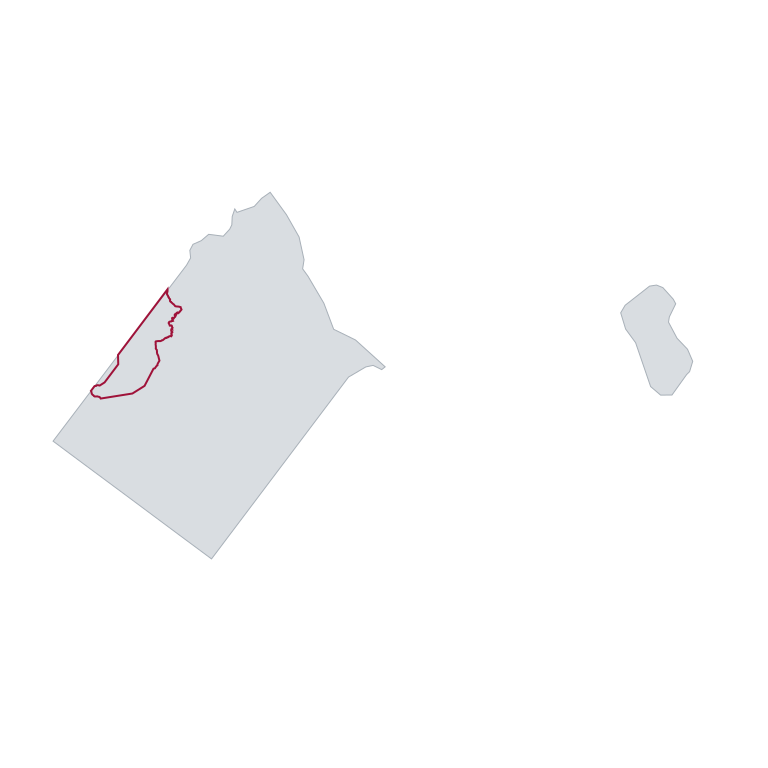 Acurenam, Centro Sur, Equatorial Guinea shown in context, rotated 127°
{"feature_id": "11065452B93144755032170", "entity_name": "Acurenam", "entity_type": "district", "adm_level": 2, "iso_a3": "GNQ", "parent_name": "Equatorial Guinea", "parent_adm1": "Centro Sur", "projection": "albers", "projection_center": [10.388, 1.118], "detail": "fine", "context": "in_parent", "style": "outline", "palette": "rose", "viewbox_px": 768, "rotation_deg": 127, "n_neighbors": 0, "source": "geoboundaries", "source_scale": "gbopen_adm2", "svg_char_len": 4957}
<svg xmlns="http://www.w3.org/2000/svg" viewBox="0 0 768 768"><g transform="rotate(127 384 384)"><path d="M627.5,416.5L627.8,455.6L628.0,488.7L628.2,524.5L628.5,561.9L628.7,593.4L628.8,613.9L594.2,613.8L548.3,613.7L502.4,613.6L456.4,613.4L433.4,613.3L407.9,613.2L399.7,614.3L394.1,619.5L387.4,620.6L379.5,616.2L370.0,614.1L367.4,609.6L362.7,601.3L353.2,600.4L348.5,601.3L341.6,606.0L334.0,608.5L335.4,604.7L320.3,594.5L309.4,593.5L299.4,590.3L307.5,563.8L317.7,540.3L332.9,522.6L341.0,518.3L343.7,509.5L355.7,480.6L370.6,457.1L366.0,433.3L369.6,393.4L373.9,394.5L374.6,398.3L375.7,403.9L381.3,408.8L399.8,416.5L455.0,416.5L488.0,416.5L536.7,416.5L588.3,416.5L627.5,416.5ZM190.2,147.4L194.3,148.0L219.5,147.4L226.4,156.4L225.6,169.5L199.6,207.9L194.7,224.1L184.7,237.8L176.0,238.8L146.0,230.8L141.0,225.9L139.2,219.3L142.2,204.0L144.4,199.3L158.7,196.5L163.4,194.0L171.1,177.5L173.6,162.5L180.1,151.1L190.2,147.4Z" fill="#d9dde1" stroke="#a8b0b8" stroke-width="1"/><path d="M529.6,574.1L510.5,577.3L509.3,576.4L508.1,576.5L506.4,576.5L505.5,576.2L505.3,576.5L503.7,577.0L501.2,577.3L500.5,577.4L498.4,580.0L497.7,580.8L497.0,581.8L496.7,582.8L496.2,583.4L495.7,584.1L495.3,584.4L494.8,584.7L494.6,585.0L493.9,585.6L493.6,585.8L493.5,586.1L493.4,586.5L493.2,587.2L493.2,587.3L493.0,587.6L492.9,587.6L492.5,587.9L491.8,588.4L491.5,588.7L491.0,589.0L490.0,590.1L489.7,590.3L489.4,590.5L489.0,590.7L488.7,591.0L488.4,591.3L488.1,591.6L487.6,591.9L487.4,591.9L487.2,591.8L487.1,591.7L486.1,590.7L485.5,590.1L485.3,589.7L484.7,589.0L484.6,588.9L484.6,588.7L484.1,588.2L483.7,588.0L483.3,587.8L483.0,587.7L482.8,587.7L482.6,587.4L482.3,587.2L481.6,586.9L481.0,586.8L480.6,586.7L480.2,586.6L479.8,586.5L479.5,586.4L479.0,586.4L478.6,586.1L478.4,586.0L478.3,585.6L478.2,585.5L477.8,585.6L477.7,585.5L477.3,585.2L477.2,585.1L477.1,584.9L476.9,584.8L476.4,584.8L476.1,584.7L475.9,584.6L475.9,584.4L475.7,584.4L475.2,584.2L474.9,584.0L474.4,583.6L474.0,583.0L473.9,582.6L473.7,582.6L473.5,582.8L473.4,582.8L473.0,582.8L473.0,583.0L472.9,583.1L472.8,583.3L472.7,583.4L472.4,583.4L472.3,583.5L472.2,583.6L471.9,583.6L471.8,583.8L471.8,584.0L471.7,584.1L471.5,584.4L471.4,584.4L471.2,584.5L470.9,584.5L470.7,584.5L470.6,584.4L470.4,584.3L470.2,584.4L469.9,584.3L469.8,584.5L469.8,584.8L469.8,585.1L469.7,585.3L469.7,585.6L469.7,585.8L469.5,586.0L469.4,586.0L469.2,586.1L468.9,586.5L468.7,586.6L468.3,586.7L468.0,586.8L467.9,586.7L467.6,586.6L467.4,586.5L467.4,586.4L467.3,586.5L467.2,586.7L466.8,586.7L466.5,586.7L466.5,587.0L466.4,587.1L466.3,587.3L466.2,587.4L465.8,587.7L465.7,587.8L465.3,588.4L465.1,588.7L465.1,588.8L465.3,588.9L465.4,589.1L465.5,589.2L465.5,589.3L465.5,589.5L466.0,589.8L466.2,590.0L466.3,590.2L466.2,590.3L466.0,590.5L465.9,590.6L465.6,590.6L465.8,590.7L465.8,590.8L465.8,591.0L465.7,591.2L465.6,591.3L465.5,591.5L465.3,591.8L465.2,592.1L465.1,592.3L465.0,592.5L464.9,592.7L464.7,592.7L464.1,592.8L463.9,592.8L463.7,592.9L463.1,592.6L462.4,592.0L462.1,591.6L461.9,591.6L461.7,591.6L461.4,591.5L461.4,591.4L461.3,591.2L461.2,591.1L460.9,590.9L460.8,590.6L460.6,590.5L460.5,590.8L460.4,591.0L460.2,591.2L460.0,591.4L459.9,591.4L459.9,591.5L459.9,591.8L459.8,592.0L459.5,592.4L459.2,592.7L458.9,592.9L458.7,592.9L458.3,592.7L458.2,592.5L458.2,592.3L458.3,592.1L458.2,592.1L457.9,591.8L457.8,591.7L457.8,591.4L457.7,591.4L457.4,591.5L457.2,591.5L456.9,591.5L456.7,591.4L456.4,591.3L456.1,591.4L455.9,591.5L455.7,591.4L455.6,591.5L455.4,591.7L455.0,591.7L455.0,591.8L455.1,592.1L455.1,592.4L455.1,592.5L454.9,592.7L454.8,592.8L454.7,592.8L454.3,592.8L454.2,592.7L453.8,592.8L453.7,592.8L453.4,592.8L453.3,592.7L453.2,592.6L453.1,592.4L453.1,592.2L453.2,591.9L453.3,591.8L452.8,591.9L452.5,592.1L452.1,592.2L451.9,592.3L451.7,592.3L451.6,592.2L451.4,592.0L451.4,591.8L451.2,591.8L451.2,591.7L451.0,591.3L451.1,591.0L450.6,590.9L450.4,590.7L450.2,590.7L450.0,590.8L449.8,590.8L449.6,590.8L449.2,590.7L448.9,590.5L448.7,590.5L448.4,590.6L448.1,590.7L447.8,590.6L447.0,590.5L446.7,590.5L446.3,590.6L446.2,590.9L445.8,591.5L445.4,592.3L445.0,592.7L445.5,594.0L446.1,595.1L447.0,596.5L447.5,597.5L447.1,599.1L446.9,600.0L447.0,601.0L446.8,602.1L446.8,603.1L446.6,603.4L446.7,603.6L446.7,603.8L446.7,604.3L446.7,604.5L446.4,604.9L446.2,605.0L446.0,605.3L445.7,605.4L445.5,605.5L445.4,605.7L445.1,605.8L445.0,606.0L445.0,606.3L445.0,606.6L444.9,607.0L444.8,607.3L444.6,607.7L444.4,607.8L444.2,608.1L444.3,608.6L444.1,608.9L443.9,609.2L443.4,609.8L443.3,610.3L443.2,610.8L443.0,611.1L442.9,611.4L442.6,611.7L442.3,611.8L441.7,612.0L441.3,612.2L440.8,612.5L440.3,612.7L440.0,612.8L439.7,613.1L439.1,613.6L438.7,613.9L520.9,613.9L528.2,608.1L550.9,608.1L556.3,610.1L557.2,611.9L558.1,612.8L558.8,612.8L559.9,613.9L565.9,613.9L566.2,613.1L567.6,611.6L567.9,610.7L568.0,610.1L567.9,609.1L568.2,608.3L568.0,607.4L567.3,606.5L566.4,605.5L566.1,604.5L565.7,603.8L565.6,602.9L566.1,601.5L543.0,579.2L529.6,574.1Z" fill="none" stroke="#9f1239" stroke-width="2"/></g></svg>